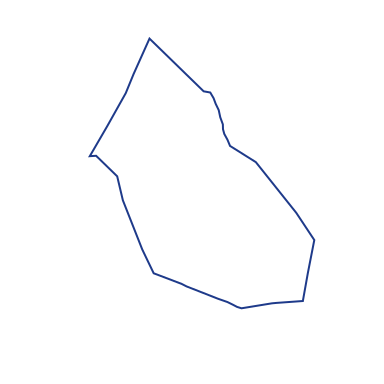 outline of Vila Nova do Piauí, Piauí, Brazil, rotated 147°
{"feature_id": "56859067B73920908376253", "entity_name": "Vila Nova do Piauí", "entity_type": "district", "adm_level": 2, "iso_a3": "BRA", "parent_name": "Brazil", "parent_adm1": "Piauí", "projection": "equal_earth", "projection_center": [-40.94, -7.206], "detail": "fine", "context": "isolated", "style": "outline", "palette": "blue", "viewbox_px": 384, "rotation_deg": 147, "n_neighbors": 0, "source": "geoboundaries", "source_scale": "gbopen_adm2", "svg_char_len": 599}
<svg xmlns="http://www.w3.org/2000/svg" viewBox="0 0 384 384"><g transform="rotate(147 192 192)"><path d="M115.6,85.1L115.9,117.7L122.2,182.3L135.0,209.9L133.8,216.5L133.3,223.1L131.8,227.8L129.3,231.9L127.6,239.3L125.0,246.1L124.1,253.1L122.8,258.9L122.5,265.5L127.4,270.1L144.1,343.8L176.8,322.7L193.7,311.0L227.2,293.4L258.2,277.7L252.7,274.6L246.2,245.9L254.5,222.7L265.0,171.0L266.1,162.6L268.4,144.7L250.7,120.5L248.0,115.8L228.4,88.4L222.2,80.4L219.1,75.2L216.8,71.1L213.8,67.5L185.6,55.1L181.6,53.0L158.4,40.2L139.2,60.7L115.6,85.1Z" fill="none" stroke="#1e3a8a" stroke-width="2"/></g></svg>